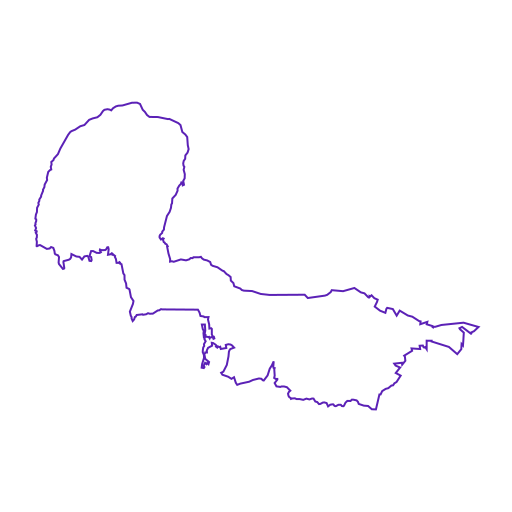 outline of Estelnic, Harghita, Romania, rotated 268°
{"feature_id": "2599482B48402840348711", "entity_name": "Estelnic", "entity_type": "district", "adm_level": 2, "iso_a3": "ROU", "parent_name": "Romania", "parent_adm1": "Harghita", "projection": "equal_earth", "projection_center": [26.246, 46.152], "detail": "fine", "context": "isolated", "style": "outline", "palette": "violet", "viewbox_px": 512, "rotation_deg": 268, "n_neighbors": 0, "source": "geoboundaries", "source_scale": "gbopen_adm2", "svg_char_len": 6077}
<svg xmlns="http://www.w3.org/2000/svg" viewBox="0 0 512 512"><g transform="rotate(268 256 256)"><path d="M391.5,183.0L396.0,174.2L395.9,172.7L398.3,162.8L398.7,154.4L400.7,152.0L403.9,150.0L406.1,147.9L412.0,145.4L413.4,142.5L413.5,137.4L411.1,127.8L411.0,123.6L410.4,121.2L408.7,118.3L406.6,116.4L407.4,114.9L407.9,112.7L407.4,109.6L406.2,108.1L402.5,105.4L400.2,102.3L399.2,97.6L397.9,94.0L392.9,89.1L391.8,84.9L388.6,79.7L387.2,75.9L386.3,74.6L383.7,72.5L370.2,64.2L364.7,61.6L360.5,57.5L358.9,56.9L357.1,54.7L354.6,54.9L352.3,54.0L349.6,54.4L349.1,53.2L347.3,51.3L341.5,49.7L339.2,49.9L334.8,47.3L332.2,46.9L329.6,45.4L328.6,45.5L324.0,43.4L322.8,43.3L320.0,41.4L318.7,41.4L316.6,40.3L315.0,40.7L311.8,38.9L307.6,38.6L305.1,37.5L301.0,36.8L300.3,37.6L298.7,37.6L296.5,36.7L295.2,36.8L294.3,36.1L291.6,37.2L289.2,36.2L288.4,37.7L287.7,37.6L286.9,36.7L284.8,37.8L282.2,37.6L280.8,36.9L277.9,37.5L273.6,37.1L273.4,37.4L274.4,39.6L274.4,40.7L270.4,47.2L270.7,50.0L272.1,51.5L271.2,53.7L268.2,54.7L265.5,55.0L264.7,55.5L263.6,58.1L261.8,59.1L256.4,58.5L254.9,58.8L249.8,62.6L250.1,63.7L250.6,64.0L256.7,63.3L257.6,63.6L258.8,68.8L259.6,70.2L261.2,71.2L264.4,71.6L261.8,76.4L261.3,79.6L258.5,82.0L261.6,84.5L262.0,87.4L261.0,88.4L257.0,89.4L256.7,91.1L257.7,91.6L260.7,91.2L261.7,89.6L266.7,91.4L266.6,93.4L264.7,96.9L264.5,99.8L265.2,101.1L267.0,100.1L267.9,100.3L267.2,101.9L267.2,105.5L267.8,106.4L269.9,107.7L269.9,108.6L267.9,109.0L262.4,108.1L262.8,110.6L263.8,112.0L263.0,112.9L262.2,112.7L262.0,113.9L260.9,115.2L260.1,114.9L257.9,115.9L254.0,116.4L253.9,118.2L254.7,119.3L254.0,120.0L253.1,119.9L252.5,121.3L243.2,122.8L241.5,123.9L236.9,123.8L233.1,125.2L228.8,125.5L227.5,128.0L226.9,128.4L219.2,129.6L215.3,132.0L212.3,131.3L204.8,128.0L200.6,128.8L199.4,129.5L197.8,129.5L195.3,130.5L196.9,132.0L199.2,132.8L199.6,133.7L201.2,134.7L201.7,140.5L201.2,141.0L201.6,144.2L202.6,146.1L202.0,147.8L202.0,150.9L205.0,155.9L205.1,157.4L206.2,159.2L205.9,160.4L204.4,196.1L201.4,197.6L198.0,198.4L197.4,201.6L196.7,202.3L196.6,206.4L194.2,205.8L189.3,206.8L185.1,206.9L185.4,208.6L184.7,209.3L179.2,209.1L177.3,209.9L176.7,211.1L175.1,211.5L174.8,210.8L176.0,210.8L175.6,210.2L176.5,209.3L176.3,208.3L175.8,208.4L176.3,208.1L175.9,207.3L176.3,206.9L175.5,206.7L176.7,206.0L177.1,202.9L179.0,202.8L179.6,201.9L183.2,202.7L189.3,202.5L189.4,199.5L184.6,200.3L183.1,201.2L180.6,200.8L176.3,201.1L175.9,201.9L174.6,201.6L172.6,202.7L169.7,200.9L167.9,201.1L166.5,200.1L163.9,199.6L161.8,199.4L158.9,200.5L156.0,200.5L149.9,198.4L146.3,197.8L145.8,199.9L146.8,200.6L147.9,199.8L151.0,201.4L149.7,202.7L150.7,203.4L149.5,204.7L151.7,205.4L154.9,201.7L160.0,200.9L160.8,201.9L161.4,202.0L161.3,203.6L163.3,203.5L165.9,204.9L167.9,209.0L170.8,208.8L170.5,210.1L168.7,212.6L167.7,213.4L166.9,212.8L165.8,214.1L166.9,215.0L166.1,216.6L166.4,217.1L164.3,217.6L165.1,223.1L168.2,222.7L168.8,225.3L168.4,227.5L167.5,228.9L165.2,230.9L163.9,227.1L162.9,226.3L161.3,225.6L156.6,225.0L148.1,223.0L141.5,219.3L140.5,217.1L138.5,218.3L136.3,224.0L134.1,227.2L135.6,229.8L130.0,231.4L127.9,232.7L129.0,235.9L130.6,244.8L132.2,248.6L133.5,254.7L133.1,257.1L131.6,258.4L131.3,259.4L136.2,263.4L142.9,265.8L146.1,268.0L150.1,270.0L144.5,269.4L143.5,269.7L143.3,270.7L142.0,270.3L135.8,270.5L133.5,269.9L132.4,271.5L132.4,273.0L131.7,273.0L128.4,270.2L125.0,271.9L124.3,275.7L124.7,276.9L124.6,279.6L123.8,282.3L120.2,285.6L119.1,284.2L117.3,283.2L115.1,283.6L113.7,284.4L112.6,286.1L112.0,286.1L112.4,287.6L112.4,289.9L111.6,291.5L111.5,294.6L110.6,298.2L111.7,301.4L110.8,304.4L111.6,307.0L111.5,308.5L108.5,310.2L107.9,312.1L105.8,313.8L105.9,315.1L107.2,317.7L107.3,319.1L106.6,321.4L103.2,322.8L104.8,325.0L105.1,327.4L105.0,328.1L103.5,329.2L103.2,329.9L103.2,330.7L104.4,333.1L104.4,334.9L104.3,335.6L103.1,336.5L102.8,337.9L103.3,338.7L106.3,340.3L108.0,342.2L107.8,345.4L109.1,346.8L109.0,348.3L108.2,351.5L106.7,352.8L104.6,353.5L102.7,358.5L102.2,362.8L98.8,366.4L98.5,370.5L113.3,374.5L113.3,375.7L116.6,377.4L118.7,381.0L119.3,383.6L121.8,386.8L122.0,388.5L124.0,389.9L125.1,392.0L131.4,396.4L134.2,391.6L139.5,396.1L141.6,391.7L143.6,390.4L144.2,398.1L142.3,398.3L146.1,401.6L150.2,401.3L151.2,400.6L155.8,408.7L158.2,408.2L157.3,416.8L160.6,416.4L160.7,419.6L159.0,420.3L158.6,420.9L159.1,422.0L156.9,423.3L165.4,423.6L165.2,428.5L164.5,428.4L164.3,428.9L158.4,445.6L150.9,453.7L155.7,457.9L160.9,458.4L159.3,459.7L163.7,460.2L172.2,461.0L175.7,457.3L176.7,456.8L177.9,459.5L170.3,468.8L171.9,468.0L173.2,471.2L177.3,475.9L182.1,461.1L180.6,438.9L179.0,432.7L179.0,431.0L178.4,430.6L178.9,429.9L179.8,430.0L181.8,424.2L184.2,424.9L182.1,417.8L184.9,418.2L185.3,416.7L189.9,410.1L191.2,405.7L196.4,397.7L191.5,394.5L198.2,390.9L199.6,385.3L198.7,384.5L194.7,383.3L197.0,378.1L201.3,372.9L206.0,375.4L208.1,376.1L209.7,372.8L212.7,370.1L211.7,368.8L212.0,368.2L211.2,368.3L210.5,367.5L210.9,366.7L214.9,363.1L216.0,359.5L220.6,353.2L217.8,341.8L219.2,330.5L217.3,329.4L214.7,325.8L214.0,323.5L212.2,306.3L215.6,303.3L216.6,268.3L217.9,259.4L221.1,250.9L221.8,242.7L222.5,240.6L224.0,239.2L226.5,233.2L229.7,232.5L232.3,230.0L235.9,229.9L237.8,227.8L239.0,225.9L242.1,223.2L242.4,222.1L246.1,217.1L247.7,212.3L248.8,210.8L251.6,210.0L253.3,207.0L254.2,203.7L255.6,201.9L257.1,200.9L256.7,199.0L256.9,193.4L256.1,192.6L256.2,190.6L255.0,189.2L254.1,185.9L255.2,180.8L253.1,173.6L253.7,171.7L253.4,169.9L255.9,170.1L261.6,168.6L268.5,167.5L268.8,168.1L270.8,167.0L271.5,165.7L272.6,165.2L273.1,164.3L275.5,163.6L276.6,164.3L277.0,163.5L275.8,161.6L277.8,160.3L279.2,160.3L280.6,161.0L282.3,163.0L283.7,163.2L285.6,164.9L287.8,165.1L299.1,168.4L303.1,171.2L307.1,172.7L310.5,173.2L311.5,173.9L316.4,174.4L319.9,177.9L324.0,179.9L326.1,179.9L329.1,181.8L330.6,183.4L332.2,184.0L332.0,185.1L329.2,185.3L329.7,186.5L333.6,185.9L336.1,187.4L340.3,187.7L344.7,186.7L347.6,187.5L348.9,186.7L351.2,186.5L353.6,187.1L355.6,188.6L359.0,188.9L361.7,191.2L365.2,192.4L369.1,191.7L377.3,191.4L379.9,189.6L382.5,186.7L389.5,185.1L391.5,183.0Z" fill="none" stroke="#5b21b6" stroke-width="2"/></g></svg>